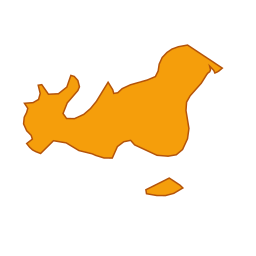 SVG path tracing the border of Mayotte, rotated 81°
{"feature_id": "FRA-4602", "entity_name": "Mayotte", "entity_type": "Overseas department", "adm_level": 1, "iso_a3": "FRA", "parent_name": "France", "parent_adm1": "", "projection": "orthographic", "projection_center": [45.141, -12.818], "detail": "fine", "context": "isolated", "style": "filled", "palette": "amber", "viewbox_px": 256, "rotation_deg": 81, "n_neighbors": 0, "source": "natural_earth", "source_scale": "10m", "svg_char_len": 1172}
<svg xmlns="http://www.w3.org/2000/svg" viewBox="0 0 256 256"><g transform="rotate(81 128 128)"><path d="M147.9,70.9L157.8,77.5L162.0,84.5L162.1,92.8L159.5,103.6L145.7,124.1L140.6,127.3L140.9,134.3L144.7,141.4L155.2,148.2L153.9,156.3L150.0,164.2L147.9,167.4L142.6,180.0L133.0,191.4L128.9,203.6L139.5,218.3L137.1,222.5L134.7,225.7L131.7,228.1L127.5,230.5L124.0,224.2L120.1,224.8L114.9,228.5L107.6,230.5L101.1,228.8L96.8,225.7L92.9,223.9L87.4,226.4L88.1,217.8L85.8,211.9L80.2,209.3L71.7,210.0L71.7,206.4L82.2,201.3L83.3,191.4L78.0,182.0L67.1,176.2L68.7,173.0L73.2,170.1L79.7,169.5L83.2,171.7L93.7,184.1L103.5,189.9L109.0,187.2L110.4,179.4L107.6,169.5L103.0,162.1L96.8,155.1L79.7,140.5L87.8,137.1L91.6,136.7L91.6,132.6L88.2,127.6L85.7,118.8L83.6,101.4L81.5,92.9L76.4,89.3L69.8,87.2L63.7,83.2L59.5,77.7L56.9,72.2L55.6,65.5L55.4,56.2L83.6,25.5L85.9,29.3L86.6,31.0L87.3,33.6L84.8,34.2L83.3,35.1L79.6,37.7L83.4,37.4L85.2,38.5L86.1,40.3L87.4,41.8L95.2,48.6L105.9,61.6L111.6,66.1L119.8,68.0L138.0,67.9L147.9,70.9ZM183.9,95.1L192.6,85.6L195.8,83.2L199.7,93.0L200.6,101.5L199.2,110.1L195.8,120.0L191.8,120.0L183.9,95.1Z" fill="#f59e0b" stroke="#b45309" stroke-width="1.5"/></g></svg>